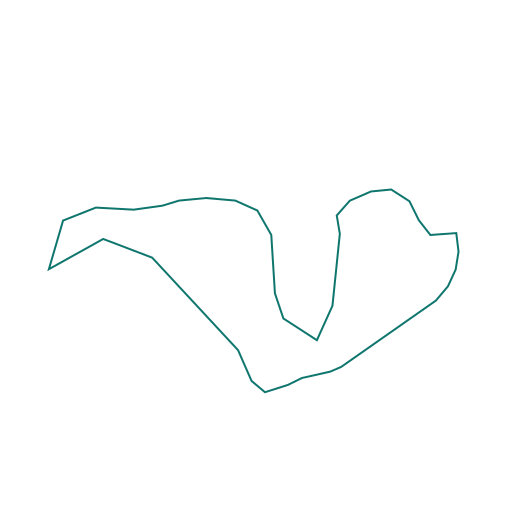 outline of North Caicos, rotated 145°
{"feature_id": "TCA-5004", "entity_name": "North Caicos", "entity_type": "state/province", "adm_level": 1, "iso_a3": "TCA", "parent_name": "Turks and Caicos Islands", "parent_adm1": "", "projection": "albers", "projection_center": [-71.96, 21.894], "detail": "fine", "context": "isolated", "style": "outline", "palette": "teal", "viewbox_px": 512, "rotation_deg": 145, "n_neighbors": 0, "source": "natural_earth", "source_scale": "10m", "svg_char_len": 607}
<svg xmlns="http://www.w3.org/2000/svg" viewBox="0 0 512 512"><g transform="rotate(145 256 256)"><path d="M107.1,232.9L98.9,212.8L102.1,191.9L101.1,173.2L78.8,159.9L87.6,143.4L100.2,130.4L116.1,121.1L134.2,116.3L249.8,116.3L261.5,118.7L288.3,129.7L303.8,132.1L326.8,139.3L331.3,156.2L324.7,189.1L342.0,314.2L371.4,357.6L433.2,364.0L393.7,395.7L359.4,387.5L329.6,364.1L303.8,350.9L287.2,345.5L263.6,332.1L241.2,313.3L228.8,292.5L231.4,264.5L261.9,214.6L269.4,189.1L254.4,152.1L221.9,171.4L174.6,226.1L166.6,242.9L147.4,247.5L124.8,242.9L107.1,232.9Z" fill="none" stroke="#0f766e" stroke-width="2"/></g></svg>